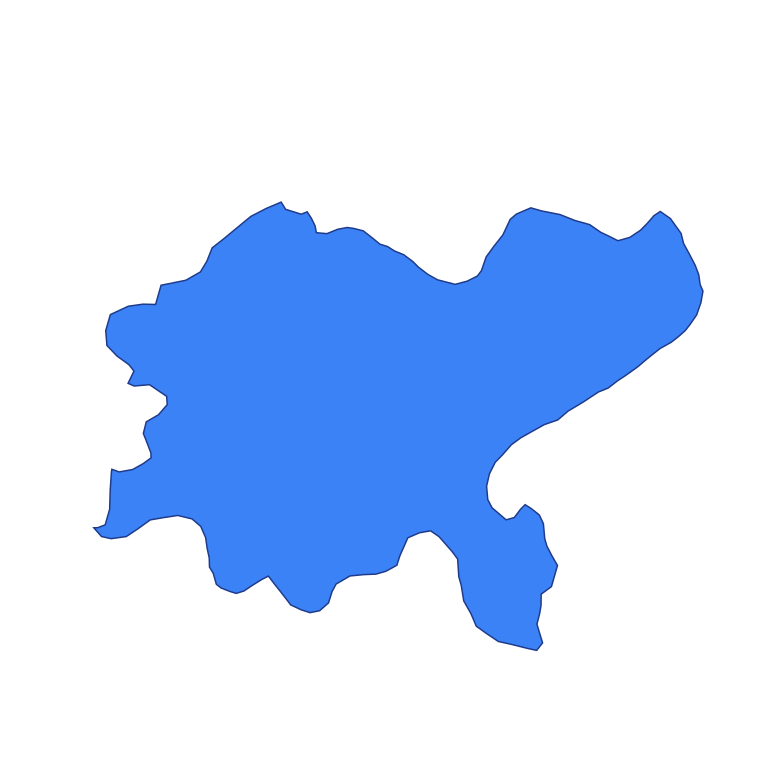 the district of Imishli District, İmişli, Azerbaijan, rotated 286°
{"feature_id": "54616110B47039748407948", "entity_name": "Imishli District", "entity_type": "district", "adm_level": 2, "iso_a3": "AZE", "parent_name": "Azerbaijan", "parent_adm1": "İmişli", "projection": "equal_earth", "projection_center": [48.045, 39.875], "detail": "fine", "context": "isolated", "style": "filled", "palette": "blue", "viewbox_px": 768, "rotation_deg": 286, "n_neighbors": 0, "source": "geoboundaries", "source_scale": "gbopen_adm2", "svg_char_len": 2487}
<svg xmlns="http://www.w3.org/2000/svg" viewBox="0 0 768 768"><g transform="rotate(286 384 384)"><path d="M530.5,235.0L520.4,222.5L508.4,209.8L479.1,189.7L467.5,181.3L453.2,179.9L441.1,176.6L429.1,164.9L417.5,142.5L413.3,142.5L397.5,142.5L394.3,130.3L388.3,116.8L375.3,101.8L358.6,101.8L344.7,107.0L337.3,119.6L332.2,133.6L327.5,140.1L314.1,137.8L313.2,144.4L318.7,158.8L312.2,178.5L304.4,181.3L292.3,175.7L282.1,165.9L270.1,166.3L265.9,169.6L253.4,179.0L248.7,180.4L240.9,174.3L232.5,165.9L226.5,153.7L227.0,145.9L224.5,146.2L206.4,150.1L188.0,154.8L171.7,154.8L166.9,148.3L165.8,144.7L159.5,154.5L160.1,164.3L166.3,178.3L176.4,186.9L188.9,196.7L194.6,208.5L200.8,222.0L201.4,236.7L196.6,247.1L187.3,254.8L176.7,259.6L168.5,264.0L159.9,266.7L155.0,272.0L145.3,278.0L143.0,283.6L142.1,293.2L142.0,299.7L146.4,306.4L154.0,312.8L162.5,320.5L167.5,325.8L161.1,334.4L156.0,341.6L148.9,351.3L145.9,355.2L144.1,366.6L143.8,375.9L148.3,384.6L158.3,391.0L170.2,391.3L178.5,393.1L190.1,404.2L195.2,417.1L199.0,428.6L204.4,437.3L213.3,446.3L223.1,446.6L242.7,449.3L250.7,459.0L255.7,469.2L252.5,478.9L247.1,487.3L241.8,495.5L236.1,503.0L219.4,509.0L212.0,513.6L197.4,520.5L187.3,530.8L176.6,539.5L172.4,551.3L168.0,564.9L168.8,577.6L169.4,594.8L170.0,604.1L170.2,604.3L178.9,607.8L188.7,601.4L195.3,597.2L206.3,596.9L214.3,596.0L225.3,593.0L235.4,600.8L257.4,600.8L264.9,593.0L272.9,585.4L279.5,581.2L293.7,575.7L300.9,569.4L304.8,560.0L306.9,552.9L301.1,549.7L291.6,546.1L287.1,538.8L294.8,522.0L301.5,515.6L314.0,510.8L326.7,510.1L339.4,512.5L348.3,517.3L360.8,523.2L370.2,530.5L377.9,538.1L389.1,549.2L397.3,560.9L408.7,568.4L421.7,580.6L435.3,592.2L442.0,600.7L451.7,607.8L459.4,614.4L470.4,623.1L480.6,629.9L486.7,634.2L494.2,639.6L503.3,648.6L510.6,653.9L518.3,658.8L525.4,661.7L536.6,665.5L549.6,666.2L561.2,665.0L566.7,660.5L575.7,656.5L583.8,650.5L593.3,641.5L601.6,633.3L610.7,628.0L617.0,620.0L622.0,613.7L626.0,602.0L620.2,597.1L610.8,592.7L602.4,588.1L592.7,579.9L586.2,569.4L588.1,559.4L589.6,550.4L593.9,537.8L593.8,522.4L595.4,506.5L593.8,487.7L593.8,476.6L583.8,464.4L577.0,459.9L560.1,457.2L546.7,451.7L534.4,447.2L519.8,446.4L513.5,444.0L505.7,435.5L499.4,424.9L498.9,406.7L501.5,395.8L505.9,384.7L509.6,378.1L513.7,367.3L514.8,357.2L517.1,349.6L517.3,341.5L521.2,332.5L525.5,321.9L525.2,312.1L524.3,305.5L520.0,296.9L512.8,287.7L510.8,277.3L517.1,274.1L523.3,268.5L528.3,262.7L524.4,257.6L524.8,241.3L530.5,235.0Z" fill="#3b82f6" stroke="#1e3a8a" stroke-width="1.5"/></g></svg>